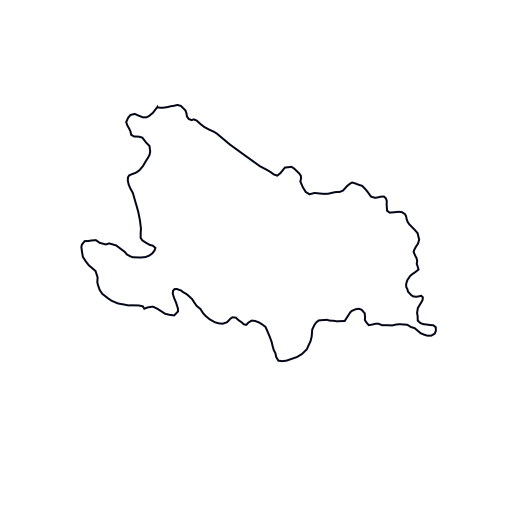 Zhabinka, Brest, Belarus, rotated 310°
{"feature_id": "67162791B54933494059720", "entity_name": "Zhabinka", "entity_type": "district", "adm_level": 2, "iso_a3": "BLR", "parent_name": "Belarus", "parent_adm1": "Brest", "projection": "albers", "projection_center": [24.06, 52.177], "detail": "fine", "context": "isolated", "style": "outline", "palette": "ink", "viewbox_px": 512, "rotation_deg": 310, "n_neighbors": 0, "source": "geoboundaries", "source_scale": "gbopen_adm2", "svg_char_len": 3874}
<svg xmlns="http://www.w3.org/2000/svg" viewBox="0 0 512 512"><g transform="rotate(310 256 256)"><path d="M284.1,397.2L287.4,401.1L290.4,405.0L293.6,407.4L296.1,409.9L299.3,414.3L300.6,416.2L301.2,420.5L302.7,423.8L302.7,427.6L302.7,431.8L303.8,435.4L305.1,438.5L307.7,441.5L311.3,442.8L314.3,441.9L317.0,439.5L316.9,436.3L315.0,433.7L313.3,430.9L311.4,428.1L310.3,425.1L310.5,421.4L313.9,418.4L315.9,416.0L320.2,413.4L324.8,412.7L327.3,412.3L329.6,411.8L331.6,410.3L331.7,408.1L329.4,406.4L327.8,405.0L326.1,402.4L325.8,400.1L326.4,395.3L327.7,393.6L328.9,390.9L330.8,389.2L333.5,387.9L335.5,387.3L337.5,387.2L339.7,386.9L342.3,387.3L345.3,388.2L349.5,389.1L350.1,389.2L352.0,386.4L353.3,384.2L355.8,382.7L357.7,380.1L358.6,377.7L360.5,374.0L362.8,373.2L365.6,372.6L369.8,372.1L373.5,370.4L377.4,365.0L378.1,360.5L378.5,356.2L378.8,353.1L379.6,350.2L381.0,347.8L383.0,345.3L383.8,343.3L383.4,339.6L381.6,336.9L378.3,333.7L375.2,330.6L374.9,327.4L377.3,325.0L379.5,322.9L382.1,320.9L383.6,318.6L383.8,315.8L381.7,313.5L379.6,312.0L377.1,309.8L375.4,305.9L376.7,300.9L377.4,297.6L378.0,292.2L376.7,289.3L375.4,285.4L374.1,282.4L371.7,281.5L368.2,280.8L362.1,280.6L359.1,279.1L355.6,275.4L350.0,271.2L347.2,268.0L345.2,265.2L342.0,260.4L337.7,257.3L337.0,253.0L338.8,247.6L341.6,242.1L344.4,240.6L346.2,238.9L347.0,236.2L347.3,232.1L347.5,229.1L347.1,225.8L344.9,223.8L342.3,221.3L338.4,221.4L334.9,221.4L331.2,220.6L329.9,217.1L329.7,213.6L329.1,209.5L327.3,201.4L325.6,178.6L324.6,164.2L324.6,152.4L324.6,147.2L324.1,143.9L322.6,138.4L321.6,133.6L321.4,129.1L321.6,123.4L320.7,120.6L318.7,119.3L317.7,116.4L318.5,113.4L320.5,111.2L322.2,108.3L322.7,102.0L321.2,98.7L318.3,96.6L315.5,94.1L313.3,92.6L309.2,88.9L306.3,84.8L306.4,84.7L299.4,85.0L294.5,84.1L291.9,83.0L289.5,80.2L288.0,75.6L286.9,71.8L283.4,69.2L279.7,69.2L275.1,70.5L273.4,73.4L271.9,77.3L270.8,79.7L268.6,82.5L269.2,85.8L272.1,89.5L273.6,92.8L272.3,98.7L271.8,103.7L267.9,107.9L265.1,109.4L262.5,110.0L257.4,110.7L252.2,111.6L246.7,111.6L243.3,110.7L241.9,110.1L238.9,108.3L236.1,107.0L233.9,107.4L231.5,109.2L228.9,112.5L227.1,116.0L225.1,121.2L220.1,128.6L217.3,132.8L214.0,137.6L208.6,144.3L202.9,150.4L200.6,152.0L197.9,154.2L195.8,155.9L194.9,158.7L195.3,162.4L196.2,167.5L197.6,170.3L197.5,173.8L195.1,174.7L191.4,174.9L187.8,174.0L184.1,172.0L180.5,168.4L175.9,162.5L174.9,159.9L174.2,156.0L174.8,152.9L174.6,149.2L174.2,142.0L171.3,135.5L168.3,133.5L165.6,127.8L165.2,123.1L161.5,119.4L159.7,118.0L157.3,115.2L152.9,115.3L150.7,116.4L147.9,119.4L144.0,124.0L142.3,129.7L141.4,134.0L141.4,139.5L141.3,142.8L137.8,148.4L133.9,151.3L132.1,153.7L129.5,158.1L128.2,162.6L128.5,170.7L128.9,174.2L130.9,180.7L134.0,186.1L136.0,189.8L139.3,193.7L142.5,197.6L144.7,201.6L143.8,204.3L146.9,206.0L150.7,209.3L151.4,211.2L152.3,215.0L152.6,217.8L152.9,220.0L153.3,223.5L155.2,227.3L157.9,231.5L163.4,231.9L165.6,229.9L168.4,225.5L169.6,223.4L171.1,220.4L173.7,216.4L176.1,214.8L178.3,214.9L179.8,216.5L181.4,220.8L181.4,223.1L182.1,226.9L182.2,229.4L181.9,235.0L180.7,238.5L179.6,242.8L179.7,247.4L178.2,252.1L177.7,255.8L177.7,261.0L178.8,267.1L180.6,271.0L182.8,274.1L186.7,276.4L191.5,276.7L193.8,277.3L195.8,280.1L195.6,284.2L196.0,287.7L195.8,290.5L197.0,292.8L200.2,293.0L203.7,294.2L205.6,296.9L207.1,301.2L207.6,305.2L207.8,308.8L205.3,313.9L202.8,318.7L200.3,323.1L197.7,326.6L195.5,329.8L193.9,333.5L191.6,336.4L190.2,340.4L192.3,343.7L195.4,346.6L199.9,349.3L204.9,352.3L210.4,354.2L217.2,354.9L221.0,353.8L225.9,352.5L230.1,350.4L235.9,346.3L241.1,345.0L244.3,344.9L247.0,345.5L249.6,348.1L252.8,351.5L253.8,353.8L256.6,357.6L258.0,360.0L260.5,362.7L263.2,365.7L268.0,365.1L273.5,364.4L275.6,364.7L279.5,366.7L281.8,368.9L282.7,371.5L282.0,376.1L279.2,378.9L277.0,380.5L276.1,383.1L275.5,386.8L277.9,388.9L281.0,391.2L282.7,393.1L284.1,397.2Z" fill="none" stroke="#020617" stroke-width="2"/></g></svg>